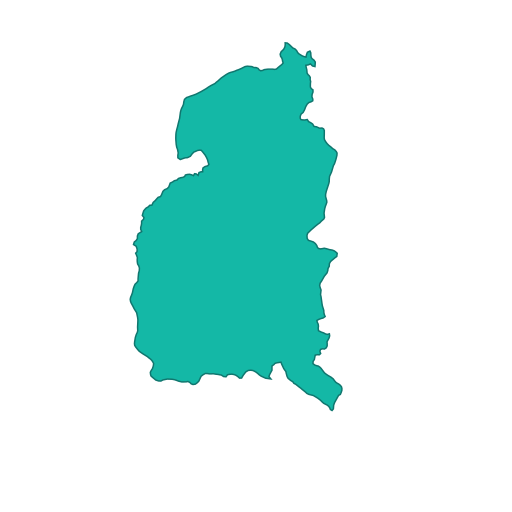 the district of Minas Novas, Minas Gerais, Brazil, rotated 59°
{"feature_id": "56859067B75045763241857", "entity_name": "Minas Novas", "entity_type": "district", "adm_level": 2, "iso_a3": "BRA", "parent_name": "Brazil", "parent_adm1": "Minas Gerais", "projection": "mercator", "projection_center": [-42.425, -17.355], "detail": "fine", "context": "isolated", "style": "filled", "palette": "teal", "viewbox_px": 512, "rotation_deg": 59, "n_neighbors": 0, "source": "geoboundaries", "source_scale": "gbopen_adm2", "svg_char_len": 6117}
<svg xmlns="http://www.w3.org/2000/svg" viewBox="0 0 512 512"><g transform="rotate(59 256 256)"><path d="M314.3,399.6L315.8,395.4L317.1,393.4L318.5,391.3L320.1,389.5L321.5,388.3L323.3,386.9L325.7,384.5L327.9,380.7L328.5,379.0L330.3,377.8L332.2,377.4L333.7,376.2L334.6,374.0L334.4,371.8L333.9,369.6L330.8,365.0L330.5,362.5L330.6,359.9L331.8,358.1L332.9,356.8L333.9,355.2L334.9,353.3L336.7,351.2L337.9,349.6L339.1,348.3L340.2,347.0L342.6,345.9L344.1,343.9L343.1,341.6L343.9,339.4L344.8,337.6L346.2,336.0L347.6,334.8L349.9,333.7L352.2,333.0L353.2,331.2L351.7,328.5L350.9,326.5L350.1,324.4L350.1,321.6L351.2,319.3L352.7,317.5L355.1,316.0L357.3,315.1L359.6,314.4L361.6,313.5L365.7,310.7L369.0,306.6L366.0,307.0L364.6,305.3L362.1,301.1L360.2,300.0L358.5,298.9L358.3,296.6L357.8,295.0L358.3,293.1L359.1,291.2L359.8,289.3L362.0,289.7L366.8,290.2L368.5,290.1L370.4,289.9L372.1,290.5L375.3,291.4L377.4,291.5L380.5,290.4L382.8,289.2L384.7,289.1L386.4,288.0L390.5,286.5L392.1,285.8L394.0,285.2L396.1,284.4L398.3,283.6L399.9,283.2L401.8,282.0L405.1,278.7L406.6,277.9L409.6,276.3L412.9,275.0L415.4,274.4L417.2,273.8L420.4,271.8L422.3,271.1L424.3,271.0L425.9,271.3L427.6,270.4L426.9,268.4L423.8,266.2L422.1,264.1L418.0,257.0L418.1,255.0L416.8,253.2L415.4,251.6L413.8,250.6L412.2,250.1L410.3,250.3L408.4,251.0L406.9,251.9L405.4,252.6L403.6,252.9L401.2,253.1L398.7,254.0L395.3,255.9L393.5,256.7L391.5,257.5L388.7,257.8L385.8,258.1L384.2,258.5L382.4,259.3L381.3,260.5L379.7,261.8L377.6,262.6L375.7,261.3L374.8,259.3L373.2,257.9L371.5,256.3L372.1,254.4L373.3,252.6L372.9,250.8L370.5,250.3L369.3,248.8L369.8,246.8L371.0,245.2L370.9,243.1L369.7,241.3L367.9,240.2L366.1,239.3L363.9,235.6L362.4,234.0L360.5,233.2L360.0,235.1L358.7,236.5L356.8,237.6L354.9,239.2L352.2,240.9L349.8,239.8L348.3,238.6L346.4,237.8L344.3,237.6L342.6,237.0L342.7,234.6L343.1,232.5L343.7,230.4L343.5,227.9L341.3,227.6L339.3,226.9L337.5,225.9L333.0,224.8L330.9,224.0L328.1,222.8L324.3,221.2L322.4,220.6L320.8,219.4L318.7,217.8L315.8,217.2L314.0,216.6L312.3,215.0L311.3,212.8L308.5,207.8L307.1,203.9L305.5,202.0L303.8,200.7L302.5,198.5L300.4,197.1L299.2,195.1L298.8,193.1L298.5,191.1L298.2,189.4L298.0,187.0L295.5,185.0L293.2,185.7L291.7,186.4L290.2,187.6L288.3,189.8L286.1,191.8L284.5,193.5L283.9,195.2L283.1,197.1L281.7,198.6L280.1,198.9L278.3,198.5L275.9,198.7L273.5,199.6L271.6,201.2L269.6,203.0L267.3,203.1L264.6,201.7L263.1,200.0L262.0,195.4L261.0,189.7L260.6,186.7L260.4,184.2L259.8,182.2L259.2,178.8L258.2,177.4L254.3,175.6L250.8,172.7L249.1,170.9L247.6,169.0L246.4,167.6L245.0,166.9L240.8,165.7L238.9,164.5L236.7,162.4L231.4,156.3L229.9,154.9L227.7,153.5L225.6,151.9L222.9,148.0L218.4,143.1L217.4,141.3L215.9,139.5L214.3,137.7L211.4,134.8L209.5,133.5L207.9,133.4L205.6,133.8L203.6,134.9L200.9,135.7L198.7,136.6L196.2,137.2L193.8,137.4L191.7,137.4L190.0,136.8L187.2,135.0L183.6,132.8L181.8,132.6L180.3,133.5L179.2,135.7L176.4,137.6L174.9,139.5L172.0,139.5L170.0,140.4L167.9,141.7L165.4,141.8L164.6,144.1L163.3,146.0L162.2,147.3L160.6,147.1L159.0,146.1L157.6,144.3L157.2,141.7L155.7,139.1L153.7,136.6L152.2,134.0L151.7,131.7L152.2,129.3L152.2,127.4L150.8,126.5L148.4,126.1L146.4,124.7L144.8,122.7L142.9,121.6L141.1,122.4L139.3,122.4L137.7,121.5L136.0,120.4L134.6,119.3L132.6,118.7L130.8,117.5L129.0,117.5L127.2,118.0L125.5,118.0L122.4,116.5L120.4,115.9L118.2,115.1L119.1,112.7L119.4,110.4L122.2,109.7L124.0,107.9L122.2,106.6L120.3,105.3L118.0,105.4L115.8,106.3L114.2,106.4L112.2,105.6L110.0,104.4L108.1,104.2L107.8,107.0L109.5,109.1L111.2,110.7L109.8,112.1L108.3,113.3L104.8,115.1L103.0,115.5L100.8,115.4L98.7,115.9L96.6,117.3L92.1,118.5L89.6,119.5L88.3,121.2L89.9,122.1L91.5,123.4L92.8,125.3L93.4,127.1L93.8,129.1L95.4,131.3L97.6,132.1L99.3,131.9L101.0,132.2L102.7,132.9L104.5,133.3L105.2,135.3L105.5,137.9L105.9,140.4L106.3,142.3L105.6,144.0L104.4,145.5L102.1,149.3L101.2,151.3L100.5,152.9L100.3,154.9L99.6,156.6L98.2,157.4L96.3,157.6L94.6,158.8L93.4,160.7L91.5,162.0L88.8,165.7L88.0,167.8L87.7,172.0L87.3,175.1L86.9,176.8L86.7,178.7L86.2,181.0L85.6,183.0L85.2,185.0L85.1,187.9L85.5,194.1L86.0,196.7L86.4,198.6L86.6,200.5L87.0,202.2L86.9,203.9L86.7,206.6L86.7,209.6L86.9,212.9L86.8,218.5L86.6,221.3L86.4,224.0L85.8,227.3L85.2,229.8L84.9,231.7L84.4,233.9L84.9,236.6L86.8,238.6L88.6,240.0L90.0,241.9L91.1,243.7L92.2,245.1L93.8,246.7L98.7,250.6L102.6,254.6L104.8,256.7L106.7,258.7L108.9,260.8L110.5,262.0L113.6,264.0L115.4,265.0L119.2,266.9L121.8,267.9L124.4,268.4L127.6,269.6L129.4,271.1L131.6,272.4L134.3,271.2L135.3,266.3L136.4,264.1L136.7,260.9L135.6,258.3L134.9,255.7L135.2,253.9L135.4,251.9L136.2,249.8L137.2,248.5L139.3,248.1L143.5,247.6L146.3,247.7L148.6,248.0L150.9,248.7L153.2,249.2L153.8,251.0L153.1,253.6L153.2,256.0L154.5,257.3L156.3,258.3L155.5,259.8L155.1,261.9L157.1,264.1L154.8,265.0L153.8,266.3L154.9,268.2L153.1,269.5L151.7,270.9L150.7,273.0L150.2,274.8L151.1,276.2L151.0,278.0L150.1,280.3L149.6,282.5L150.2,284.7L149.4,287.2L149.6,289.5L149.3,292.0L151.9,295.2L152.5,297.5L152.1,300.2L152.6,302.4L154.9,305.5L155.9,307.3L155.3,309.6L155.8,311.4L156.6,313.9L157.1,316.5L158.8,319.1L157.8,320.9L158.4,323.3L158.3,325.4L158.8,327.2L159.5,329.1L162.7,332.6L165.3,332.2L166.6,333.5L167.2,336.1L169.2,337.3L170.7,338.6L172.1,340.1L173.8,341.1L176.2,341.4L176.3,345.5L177.8,347.4L180.0,348.7L181.0,350.8L181.3,353.1L183.1,355.1L185.9,353.7L188.8,354.3L191.0,355.7L191.6,357.7L193.9,358.0L196.3,358.5L197.9,359.7L199.9,360.8L201.9,361.6L204.1,361.6L206.2,362.1L208.6,363.7L210.1,365.4L211.7,366.6L214.9,368.9L216.6,369.9L217.4,371.9L217.9,374.2L219.2,376.1L220.8,378.0L223.9,380.9L225.6,383.0L226.8,384.7L228.3,386.1L230.2,386.9L231.8,387.2L236.1,387.4L238.6,387.6L243.1,387.5L247.6,389.1L249.9,390.1L251.6,391.2L255.9,394.1L259.2,395.9L260.5,397.3L261.6,399.0L263.6,401.3L265.6,403.0L267.0,404.2L268.5,405.3L270.1,406.0L271.9,406.0L275.1,405.6L277.4,405.2L279.5,404.3L281.7,403.3L286.3,400.9L287.9,400.4L290.1,399.5L291.8,399.1L293.5,399.0L295.4,399.1L297.5,400.8L299.3,402.9L300.3,405.0L301.3,406.5L303.0,407.3L304.7,407.8L306.4,407.3L310.7,405.8L312.9,403.9L314.2,401.9L314.3,399.6Z" fill="#14b8a6" stroke="#0f766e" stroke-width="1.5"/></g></svg>